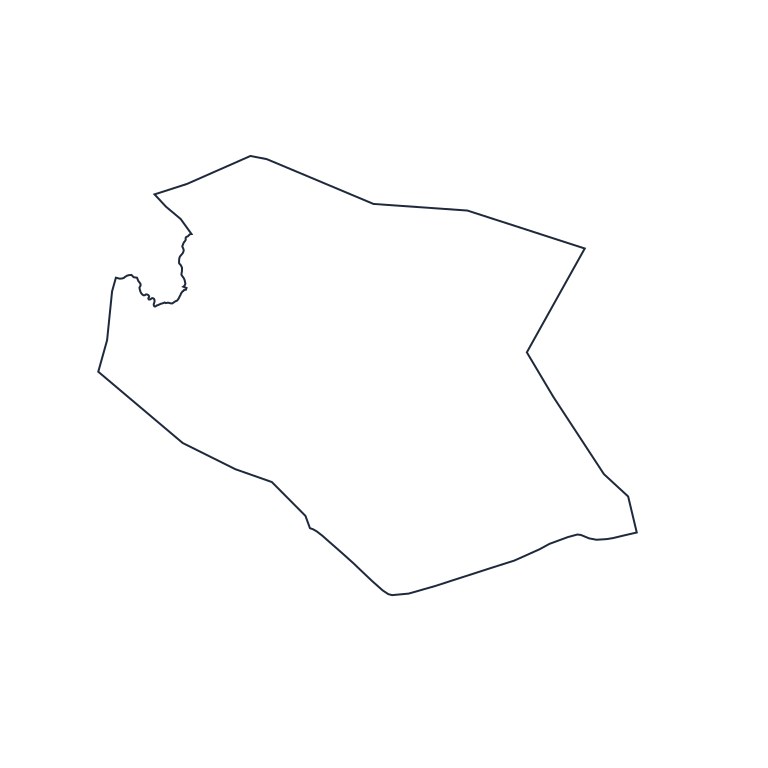 outline of Bama, Borno, Nigeria, rotated 20°
{"feature_id": "59680162B41357004175190", "entity_name": "Bama", "entity_type": "district", "adm_level": 2, "iso_a3": "NGA", "parent_name": "Nigeria", "parent_adm1": "Borno", "projection": "robinson", "projection_center": [13.793, 11.51], "detail": "fine", "context": "isolated", "style": "outline", "palette": "slate", "viewbox_px": 768, "rotation_deg": 20, "n_neighbors": 0, "source": "geoboundaries", "source_scale": "gbopen_adm2", "svg_char_len": 2346}
<svg xmlns="http://www.w3.org/2000/svg" viewBox="0 0 768 768"><g transform="rotate(20 384 384)"><path d="M228.5,214.3L196.9,212.8L180.5,215.4L130.4,263.4L103.5,284.3L118.6,292.0L136.5,298.5L151.8,308.9L150.7,309.4L149.8,310.8L149.2,312.3L148.0,313.3L147.7,314.0L147.7,314.9L148.2,315.8L148.3,317.0L148.1,317.8L147.6,319.1L147.4,320.2L147.4,321.2L147.4,322.2L147.3,323.3L147.6,324.0L148.8,325.1L149.4,325.9L150.0,326.7L150.2,327.6L150.2,329.5L149.8,330.9L149.2,332.4L148.7,333.9L148.6,335.1L148.8,336.6L149.2,338.0L149.6,339.2L150.1,340.5L150.9,341.1L152.2,341.7L153.2,342.6L154.4,343.8L155.1,345.7L155.6,347.3L155.8,348.7L156.2,350.5L157.3,351.5L158.5,352.2L159.7,353.1L160.8,354.2L161.4,355.0L162.1,356.1L163.1,357.8L162.9,360.0L162.1,361.2L165.6,361.3L165.6,363.2L165.0,363.5L164.6,363.7L164.0,363.9L163.6,365.4L163.0,365.8L162.3,368.4L162.3,370.0L162.0,371.7L161.9,373.3L161.5,375.1L160.9,376.6L159.6,377.7L158.4,379.4L157.5,380.7L156.2,381.1L155.0,381.3L153.8,381.3L152.7,381.7L151.3,382.6L149.9,382.5L149.3,383.1L148.3,384.0L146.9,384.9L145.8,386.0L144.6,387.2L143.6,387.9L142.7,389.3L141.8,389.6L141.0,389.1L140.5,388.3L140.3,387.5L140.3,386.6L140.2,385.2L139.7,383.7L138.7,382.6L137.3,382.4L136.3,383.0L135.6,384.3L134.3,385.0L133.4,384.5L133.2,383.7L133.5,382.6L133.3,381.9L132.2,381.1L130.7,380.9L129.7,381.2L128.8,382.4L127.7,382.9L126.7,382.7L125.6,382.2L124.4,381.4L123.3,380.2L122.2,378.7L121.3,377.2L121.3,376.2L121.6,374.8L121.0,373.3L119.7,372.3L117.9,371.2L116.6,369.8L115.6,368.6L114.3,368.8L113.0,369.2L111.8,369.1L110.7,368.5L109.4,367.9L108.1,368.5L107.0,369.0L105.6,370.0L104.7,371.1L103.8,372.2L103.2,373.4L101.8,374.4L99.7,375.4L95.7,375.8L96.8,390.0L108.8,437.5L109.1,441.3L111.3,470.2L215.0,508.3L273.4,514.9L312.2,514.5L355.3,534.8L363.7,544.8L367.2,544.8L371.2,545.5L378.1,547.7L385.9,550.8L393.2,553.6L400.6,556.5L416.6,562.9L425.2,566.7L440.4,573.3L453.3,578.4L459.9,580.0L463.9,579.6L475.1,574.3L478.9,572.5L486.1,567.3L492.1,562.9L501.1,556.4L516.2,544.6L522.4,539.8L536.3,529.0L548.1,519.8L566.8,505.4L586.7,486.1L594.2,477.6L609.1,465.0L617.2,459.3L620.7,458.5L629.5,458.9L636.9,457.7L646.3,453.6L652.0,450.4L661.5,444.1L672.3,437.1L651.9,406.2L621.5,393.5L547.8,338.4L543.0,334.5L507.4,305.4L517.9,240.0L526.3,188.0L403.0,192.5L312.5,218.4L228.5,214.3Z" fill="none" stroke="#1e293b" stroke-width="2"/></g></svg>